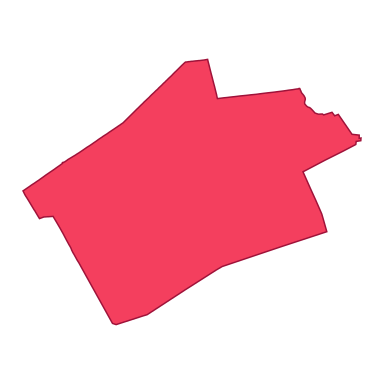 Radoiesti, Teleorman, Romania (Equal Earth projection)
{"feature_id": "2599482B34958569310184", "entity_name": "Radoiesti", "entity_type": "district", "adm_level": 2, "iso_a3": "ROU", "parent_name": "Romania", "parent_adm1": "Teleorman", "projection": "equal_earth", "projection_center": [25.145, 44.144], "detail": "fine", "context": "isolated", "style": "filled", "palette": "rose", "viewbox_px": 384, "rotation_deg": 0, "n_neighbors": 0, "source": "geoboundaries", "source_scale": "gbopen_adm2", "svg_char_len": 3824}
<svg xmlns="http://www.w3.org/2000/svg" viewBox="0 0 384 384"><path d="M360.8,140.7L361.0,138.0L359.2,138.3L359.2,135.1L352.0,134.3L338.3,114.4L334.7,115.8L332.0,112.3L323.7,114.9L322.4,114.0L318.4,114.2L315.1,113.1L313.8,111.7L312.3,110.0L311.9,109.6L311.3,109.0L310.7,108.4L310.3,108.1L309.9,107.8L309.7,107.6L309.4,107.5L308.5,107.3L308.1,107.1L307.5,106.8L307.0,106.4L306.6,106.1L306.3,105.8L306.0,105.4L305.7,105.0L305.2,104.5L304.9,104.0L304.7,103.7L304.6,103.2L304.6,102.3L304.7,101.5L304.9,100.9L305.2,99.7L305.3,99.2L305.2,98.4L305.1,97.9L304.9,97.4L304.6,96.9L304.3,96.3L303.9,95.6L303.4,95.0L302.7,94.1L302.0,93.4L301.7,92.9L301.4,92.4L301.2,92.0L301.0,91.3L300.4,90.1L300.2,89.6L300.0,89.0L299.8,88.7L299.7,88.5L299.1,88.4L298.9,88.6L298.6,88.7L298.5,88.8L298.1,88.9L296.8,89.0L296.2,89.1L295.5,89.2L292.5,89.7L288.4,90.2L286.6,90.5L283.0,91.0L277.4,91.7L274.4,92.1L269.9,92.6L265.5,93.1L259.9,93.8L256.3,94.3L251.0,94.8L246.9,95.3L239.7,96.0L235.8,96.5L230.2,97.1L227.0,97.5L223.9,97.8L219.9,98.3L217.4,98.6L216.8,96.0L216.6,94.8L216.0,92.5L215.0,88.4L214.6,86.7L213.8,83.8L212.9,80.3L212.2,77.5L211.1,73.4L210.0,69.0L209.0,65.0L208.1,61.5L207.6,59.4L207.2,59.5L206.9,59.5L204.2,60.0L203.4,60.1L199.2,60.6L198.8,60.6L198.4,60.6L197.7,60.7L197.2,60.8L196.6,60.8L196.2,60.9L195.7,60.9L194.9,61.0L194.4,61.0L193.2,61.2L192.4,61.3L191.7,61.3L190.7,61.4L190.2,61.5L189.8,61.6L189.3,61.6L188.9,61.6L187.9,61.8L187.1,61.9L186.6,62.0L186.1,62.0L185.7,62.0L185.3,62.2L185.0,62.4L184.6,62.8L183.7,63.6L183.3,64.0L182.7,64.6L181.9,65.3L181.1,66.1L180.2,67.0L178.6,68.6L177.3,69.9L176.5,70.7L176.1,71.1L175.3,71.8L174.2,72.9L172.9,74.2L171.9,75.3L171.4,75.8L170.1,77.0L168.8,78.2L168.1,78.9L166.4,80.6L165.8,81.1L165.5,81.5L164.4,82.6L163.7,83.1L163.1,83.8L162.7,84.1L162.1,84.8L161.2,85.7L160.4,86.4L159.8,87.0L158.8,87.9L158.0,88.8L157.1,89.7L156.0,90.6L155.3,91.3L154.7,91.9L154.0,92.6L153.0,93.5L152.4,94.1L151.9,94.5L151.0,95.4L150.1,96.3L149.1,97.4L148.0,98.4L147.5,98.9L147.0,99.3L146.2,100.1L145.8,100.5L145.3,100.9L144.7,101.5L143.9,102.2L143.2,103.0L142.3,103.9L141.3,104.8L140.5,105.6L139.5,106.6L138.5,107.6L137.9,108.2L137.1,108.9L136.7,109.3L134.3,111.7L124.9,121.0L123.1,122.8L113.0,129.7L109.1,132.3L106.9,133.9L104.5,135.4L103.0,136.4L102.6,136.6L102.2,137.0L100.5,138.1L98.4,139.5L96.7,140.8L93.6,142.9L92.2,143.9L89.7,145.6L86.8,147.4L84.8,148.8L82.2,150.6L80.7,151.6L78.8,152.9L77.3,153.8L76.2,154.5L75.7,154.9L74.0,155.9L70.7,157.9L69.0,158.9L68.0,159.5L67.1,160.2L66.4,160.7L65.8,161.1L64.8,161.8L64.4,162.0L64.2,162.1L63.9,162.2L63.7,162.3L63.4,162.3L63.0,162.4L62.6,162.5L62.4,162.6L62.4,162.9L62.4,163.2L62.5,163.4L61.9,163.8L59.9,165.3L57.9,166.7L55.9,168.1L54.3,169.3L51.8,171.0L50.3,172.0L47.1,174.2L45.9,175.0L43.9,176.5L42.5,177.5L40.8,178.7L38.6,180.3L36.6,181.6L34.2,183.3L32.9,184.1L31.1,185.3L29.6,186.4L27.1,188.1L25.8,189.0L24.2,190.1L23.0,190.9L23.4,191.6L24.1,193.1L24.8,194.5L25.3,195.4L26.1,196.7L26.6,197.4L27.4,198.7L28.7,200.8L31.1,204.8L32.0,206.3L33.5,208.8L34.2,210.0L34.6,210.4L35.4,211.8L37.9,216.0L39.5,218.6L43.8,217.0L45.2,216.9L46.4,216.8L46.9,216.8L47.8,216.7L48.8,216.7L51.5,216.5L53.1,216.4L55.3,220.1L56.2,221.6L60.0,228.1L62.0,231.7L62.7,232.9L63.5,234.4L64.7,236.7L66.7,240.5L67.7,242.3L68.5,243.8L69.1,244.9L69.9,246.2L70.3,246.9L70.5,247.3L70.9,248.1L71.2,248.7L71.6,250.0L72.0,250.7L72.5,251.8L73.1,252.9L73.5,253.6L73.9,254.2L74.3,254.9L74.6,255.5L75.4,256.9L76.1,258.2L77.2,260.2L78.8,262.7L80.1,265.0L80.3,265.4L85.4,274.6L112.5,323.4L116.1,324.6L140.0,316.9L142.4,316.1L147.1,314.7L185.2,289.8L216.4,269.9L222.2,266.5L280.8,246.8L326.8,231.7L325.0,225.3L322.3,215.8L321.8,214.1L320.3,210.6L315.6,199.9L310.5,188.7L304.5,175.2L303.0,171.8L325.2,160.1L342.8,151.3L355.8,144.5L356.2,141.4L360.8,140.7Z" fill="#f43f5e" stroke="#9f1239" stroke-width="1.5"/></svg>